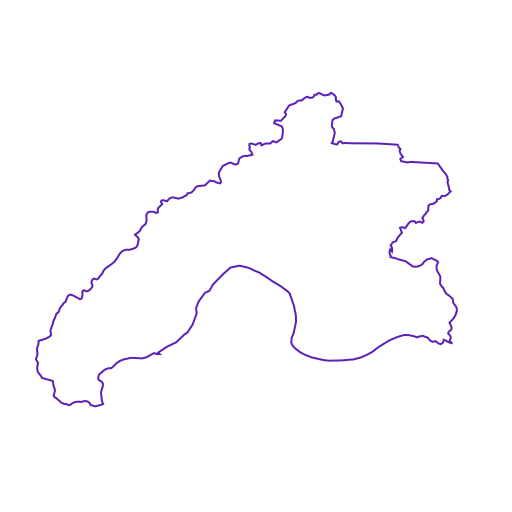 the district of Araguatins, Tocantins, Brazil, rotated 277°
{"feature_id": "56859067B78666971214463", "entity_name": "Araguatins", "entity_type": "district", "adm_level": 2, "iso_a3": "BRA", "parent_name": "Brazil", "parent_adm1": "Tocantins", "projection": "robinson", "projection_center": [-48.121, -5.645], "detail": "fine", "context": "isolated", "style": "outline", "palette": "violet", "viewbox_px": 512, "rotation_deg": 277, "n_neighbors": 0, "source": "geoboundaries", "source_scale": "gbopen_adm2", "svg_char_len": 6047}
<svg xmlns="http://www.w3.org/2000/svg" viewBox="0 0 512 512"><g transform="rotate(277 256 256)"><path d="M224.7,291.8L222.7,294.1L215.1,297.8L213.7,298.5L211.4,299.6L210.0,300.2L206.2,301.2L203.9,302.2L200.8,303.0L198.7,303.3L195.5,303.7L184.3,302.8L178.9,301.4L174.6,301.5L173.0,302.2L171.1,303.7L169.3,305.7L165.8,311.7L164.1,316.1L162.1,323.9L161.0,335.0L160.9,337.3L161.0,341.3L162.5,351.7L163.2,355.9L164.7,362.6L164.9,364.4L165.5,365.9L167.6,371.4L168.4,373.0L171.7,378.5L175.4,383.6L177.6,385.7L180.9,389.1L188.0,398.0L189.2,399.8L190.5,402.0L192.9,406.3L193.8,408.3L194.5,409.9L195.7,412.8L196.1,417.3L195.7,421.9L194.9,426.2L195.9,427.5L196.3,429.2L197.2,431.1L196.3,434.1L196.0,436.3L194.6,437.6L193.2,439.4L192.3,441.7L193.4,444.7L191.4,447.8L191.1,450.3L192.6,452.0L195.8,452.7L195.1,454.9L194.0,457.3L193.1,461.5L194.3,459.7L195.5,458.6L198.8,459.4L201.2,457.9L202.3,456.2L203.9,456.3L205.5,457.7L207.3,459.0L208.8,458.8L210.7,457.9L213.4,456.2L217.7,459.4L221.4,461.2L225.8,462.0L228.7,461.6L231.0,460.0L233.2,457.7L235.8,456.9L237.5,456.4L239.5,453.6L242.0,449.3L243.2,448.2L245.1,446.9L247.2,445.8L248.1,444.3L250.8,442.1L256.6,441.6L258.1,441.4L260.4,439.9L262.0,438.5L264.7,437.0L266.3,436.6L268.6,436.5L272.0,437.5L273.4,435.9L274.2,433.2L275.3,430.7L273.3,426.0L270.4,423.3L268.8,422.6L267.0,420.9L265.6,418.4L265.0,416.8L264.6,413.2L269.0,405.1L269.7,401.0L270.0,397.9L270.7,395.1L271.3,389.6L273.0,389.5L274.7,388.3L276.7,388.0L278.9,388.4L277.0,390.4L279.0,390.4L281.1,389.8L282.8,388.3L286.3,390.1L287.9,393.3L291.5,394.3L292.9,395.4L295.1,396.6L296.8,398.0L299.1,396.8L301.5,395.5L302.5,397.7L301.8,400.7L306.8,403.3L308.7,404.8L309.5,406.3L309.8,409.2L308.3,410.6L310.2,414.3L309.2,417.1L311.0,418.2L312.6,417.5L314.1,416.4L317.0,418.1L318.5,419.2L320.5,420.1L322.2,421.4L324.2,421.2L326.6,420.9L328.7,422.7L329.4,425.7L332.3,428.8L334.4,428.7L334.8,430.4L336.1,432.2L338.2,432.9L338.4,435.9L340.3,438.5L344.0,441.3L345.1,439.7L346.7,439.4L352.9,437.0L354.4,437.6L356.3,436.4L357.8,436.3L359.9,434.8L361.9,432.9L362.8,431.6L370.0,425.2L368.2,397.5L367.3,395.3L367.8,388.5L370.0,387.4L372.2,389.8L375.2,386.9L377.9,385.7L379.8,386.4L381.0,384.7L383.7,383.0L383.3,375.7L382.5,362.8L379.5,336.9L379.0,330.6L378.4,328.3L380.2,326.1L379.2,324.0L376.6,323.0L376.7,319.9L377.4,317.4L379.0,318.2L387.7,319.2L391.7,317.7L392.9,316.1L394.6,315.4L400.1,315.4L401.7,316.5L405.1,323.5L413.2,324.3L417.0,321.7L419.6,319.5L419.1,317.1L421.3,316.1L423.3,316.0L424.7,314.9L426.6,312.0L427.0,310.3L425.1,309.0L423.7,304.2L424.4,301.9L425.5,298.9L424.8,297.3L423.5,296.5L423.2,294.5L420.9,293.7L420.0,292.3L419.5,290.4L420.3,287.4L419.3,285.7L418.0,284.2L415.9,282.5L415.8,280.5L414.8,278.2L412.7,276.7L411.0,273.7L410.4,272.0L409.1,270.3L404.8,268.3L402.3,267.0L400.6,268.4L398.6,268.3L395.4,265.8L393.2,264.2L393.1,260.5L392.9,258.4L390.1,257.8L388.9,261.8L387.8,265.7L385.9,267.0L382.4,267.6L379.8,267.6L377.7,267.6L375.5,267.1L371.2,262.4L372.1,258.6L369.5,256.6L368.7,251.5L366.5,247.9L368.7,246.9L368.3,245.0L366.3,242.1L367.1,237.4L366.3,235.8L364.6,235.9L363.4,236.7L361.2,236.3L359.6,237.7L358.6,238.8L356.1,240.1L355.0,237.3L354.2,234.8L353.9,232.4L353.0,230.2L350.8,227.7L348.7,227.2L346.7,227.1L345.3,226.6L344.5,225.2L344.4,223.4L345.6,219.7L344.7,217.2L341.6,212.5L340.4,211.6L335.3,209.4L333.1,209.0L331.7,209.4L330.1,209.8L328.5,210.9L325.1,212.3L323.7,211.5L324.1,208.0L325.1,205.7L325.2,201.0L319.9,196.8L318.1,189.3L317.0,187.9L313.9,186.3L311.3,184.3L310.6,182.8L309.8,180.4L307.6,179.6L306.9,177.9L305.3,176.3L303.5,171.9L304.1,166.6L303.6,164.6L302.3,162.9L299.4,160.9L300.1,157.5L299.7,155.5L298.3,155.0L296.2,156.6L293.7,154.7L291.6,153.1L289.7,152.8L287.3,153.3L286.6,151.3L287.4,149.0L287.0,145.1L286.1,143.3L283.1,142.1L277.7,143.1L274.3,142.5L270.7,139.1L268.8,138.4L266.7,137.6L264.9,136.1L263.8,134.8L262.5,133.3L261.1,135.0L260.0,136.6L258.5,137.6L256.6,137.5L254.8,137.2L253.0,137.2L251.1,136.6L249.5,135.4L248.2,133.1L247.4,131.1L246.6,129.4L246.6,127.2L245.8,124.8L244.7,122.9L243.0,121.4L241.3,120.3L239.3,119.5L237.3,118.6L235.1,117.3L233.0,116.1L229.7,113.0L228.5,111.6L227.2,110.2L226.0,108.8L224.6,107.6L222.8,106.5L220.7,105.8L219.0,105.1L217.4,103.8L215.7,102.9L214.3,102.1L213.3,100.6L213.9,97.8L212.4,96.4L210.8,95.9L209.0,96.1L206.9,97.2L205.3,97.3L203.4,96.1L201.6,94.5L200.5,93.1L200.4,91.1L201.1,89.3L200.0,88.1L198.4,88.2L196.4,88.4L194.6,88.5L192.9,88.3L191.6,86.6L192.6,84.5L193.2,82.6L194.0,80.6L194.8,78.6L195.0,75.7L192.9,73.9L187.3,72.6L185.8,70.8L184.2,70.1L182.6,69.1L180.9,68.0L179.3,67.5L177.7,67.2L175.9,66.7L174.5,65.0L172.7,64.5L171.0,64.2L169.1,63.7L167.2,63.0L165.3,62.7L163.2,62.5L161.5,62.0L159.3,61.4L157.3,61.1L155.6,61.4L153.9,61.9L152.4,62.2L150.4,60.5L149.3,58.7L148.2,57.2L147.5,55.4L146.6,53.9L146.0,51.9L145.2,50.5L143.4,50.8L141.4,50.7L138.8,50.1L136.5,50.0L134.2,50.6L131.5,51.1L129.2,50.7L127.0,50.1L125.0,51.4L123.4,52.7L119.1,52.4L117.3,52.6L115.2,53.2L113.5,54.4L111.9,56.0L110.3,57.5L108.9,58.4L107.2,69.5L105.3,70.1L103.5,70.5L101.5,71.4L99.7,72.3L97.8,72.9L95.5,72.5L93.0,72.3L91.3,73.2L90.6,75.3L89.3,76.8L88.4,78.4L87.0,80.0L86.3,82.0L85.8,83.6L86.0,85.9L85.0,88.1L85.8,90.0L87.4,91.5L88.7,93.6L89.7,96.6L89.8,98.9L90.0,101.0L90.8,102.3L91.2,104.1L91.1,106.6L89.8,108.9L88.1,109.8L87.1,114.5L89.0,119.4L90.4,122.3L92.1,121.3L94.0,120.6L102.0,118.7L107.8,119.8L110.4,119.7L112.4,118.3L113.2,116.2L114.2,114.6L116.5,114.2L118.7,114.5L120.2,115.5L124.3,119.3L125.9,121.6L126.7,123.7L127.0,126.0L128.5,127.4L130.3,129.0L132.0,129.9L135.2,133.5L136.0,135.0L137.4,137.7L138.1,139.8L139.4,143.4L139.9,145.8L140.5,155.6L141.3,157.6L142.0,159.3L147.3,166.8L146.6,169.3L146.9,172.3L148.2,170.7L154.7,178.2L157.3,182.1L160.5,187.2L169.5,194.6L171.5,197.1L180.1,201.4L191.8,204.1L197.1,202.9L202.4,204.2L204.4,204.9L213.3,209.9L215.7,213.9L219.6,215.6L222.1,216.5L233.8,225.4L241.5,232.2L244.4,240.9L243.6,248.2L243.0,251.3L240.9,257.5L240.0,261.4L239.2,262.8L236.6,268.5L233.0,275.3L229.0,284.3L224.7,291.8Z" fill="none" stroke="#5b21b6" stroke-width="2"/></g></svg>